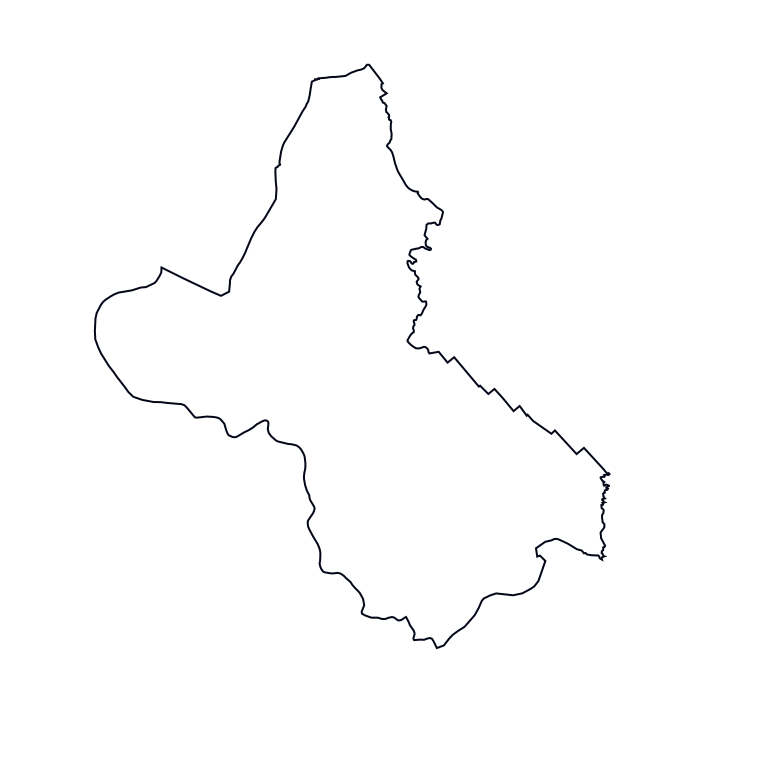 Ixhuatlán del Sureste, Veracruz, Mexico, rotated 319°
{"feature_id": "50627088B30593781264169", "entity_name": "Ixhuatlán del Sureste", "entity_type": "district", "adm_level": 2, "iso_a3": "MEX", "parent_name": "Mexico", "parent_adm1": "Veracruz", "projection": "natural_earth1", "projection_center": [-94.38, 17.981], "detail": "fine", "context": "isolated", "style": "outline", "palette": "ink", "viewbox_px": 768, "rotation_deg": 319, "n_neighbors": 0, "source": "geoboundaries", "source_scale": "gbopen_adm2", "svg_char_len": 6166}
<svg xmlns="http://www.w3.org/2000/svg" viewBox="0 0 768 768"><g transform="rotate(319 384 384)"><path d="M509.3,122.0L506.8,123.3L501.4,124.8L485.6,130.7L466.9,136.4L463.8,137.9L458.7,141.2L452.0,146.8L450.0,148.7L449.7,150.1L449.3,150.4L447.4,149.9L446.1,150.4L445.2,150.0L443.8,149.9L441.3,152.5L435.3,160.0L430.7,166.4L423.7,173.5L402.7,180.6L397.2,181.7L391.4,182.6L386.2,184.1L379.3,186.9L364.4,194.3L359.4,196.3L355.4,197.7L351.8,198.5L342.4,202.1L339.5,202.6L335.9,204.6L333.8,206.9L327.7,212.7L318.8,210.5L314.3,201.1L301.4,171.5L292.5,150.1L289.1,153.7L285.6,155.2L280.1,156.9L277.3,157.3L267.9,154.7L263.7,151.6L255.1,147.9L243.7,140.9L239.0,139.3L235.4,138.6L228.8,137.7L225.6,137.8L222.5,138.5L213.8,141.9L209.3,145.2L200.4,154.5L195.4,160.9L192.5,168.5L190.5,175.2L188.2,189.8L187.8,197.1L187.1,203.7L186.3,217.5L185.8,222.4L186.4,229.2L191.2,237.5L198.5,246.7L203.4,251.0L207.9,256.0L217.8,266.2L219.5,269.1L219.7,273.4L219.4,285.1L220.9,286.8L228.9,292.3L234.0,297.3L236.5,300.5L237.4,303.0L237.5,306.4L237.4,309.3L234.5,315.6L233.6,318.2L233.1,320.6L234.8,324.4L236.1,326.0L238.1,327.2L246.9,328.8L251.6,330.1L256.0,330.8L262.1,331.0L264.0,331.6L265.8,331.8L268.7,332.6L270.3,333.3L271.5,334.7L271.8,336.4L270.7,338.2L266.7,341.8L264.9,345.4L264.6,349.5L265.4,355.6L266.2,357.7L268.4,360.8L272.2,366.2L274.6,368.7L277.7,373.0L278.5,376.2L278.5,378.8L278.1,381.2L277.5,383.9L276.6,386.5L273.2,391.6L271.2,394.0L268.8,396.4L265.7,398.7L263.3,400.9L261.3,403.2L257.9,409.0L255.7,414.2L254.6,419.0L253.0,421.2L252.1,423.3L250.8,430.7L249.9,432.5L248.2,433.7L245.9,434.9L237.2,437.2L235.8,438.2L234.6,439.7L233.2,441.8L232.2,444.9L230.5,452.3L228.9,461.5L227.3,466.0L225.8,468.8L223.9,471.2L219.4,475.9L217.7,477.1L216.4,479.4L215.6,481.4L215.1,483.7L215.1,486.1L216.0,487.6L218.9,491.2L221.1,493.4L225.1,496.1L226.6,498.2L227.3,500.0L227.9,502.9L228.0,505.4L228.8,511.5L228.3,515.1L228.3,518.2L228.7,525.5L227.2,532.5L223.9,538.0L217.8,541.2L216.7,542.8L218.1,546.7L221.2,552.1L226.0,556.3L228.6,560.4L231.2,562.4L234.1,563.4L237.3,565.2L238.6,567.3L239.0,569.7L239.7,571.9L241.5,573.1L243.5,573.8L245.0,573.7L247.8,574.3L246.5,579.8L245.3,583.1L244.7,589.2L244.0,591.4L242.8,593.0L239.2,595.3L238.7,597.1L243.0,600.2L246.6,603.4L249.8,604.6L252.1,605.9L253.1,607.9L252.6,610.7L250.7,618.0L257.7,620.6L266.2,618.9L271.5,618.4L278.4,619.0L285.5,620.1L300.7,618.0L308.7,615.1L315.8,611.7L318.8,611.4L325.5,613.2L331.3,615.7L342.9,628.2L351.0,632.7L360.6,634.9L364.8,635.3L371.3,634.0L389.7,623.4L389.1,615.8L386.4,614.8L390.9,607.7L402.2,608.9L408.1,612.0L410.6,612.6L412.8,614.2L414.1,616.4L417.9,624.9L421.2,635.3L424.0,639.4L423.8,642.9L425.2,643.7L425.3,645.7L428.0,649.1L432.3,653.2L433.1,653.7L433.3,655.4L432.5,657.0L433.3,659.5L433.8,658.5L435.0,657.9L437.3,658.7L436.8,657.9L437.6,655.0L437.3,654.5L438.7,653.1L440.2,653.2L441.4,652.2L441.8,651.4L442.5,651.1L443.4,651.6L444.7,651.3L446.7,642.8L450.0,638.2L456.3,636.7L458.4,634.3L458.3,631.8L460.9,627.9L462.6,626.0L464.9,625.3L467.0,623.4L467.2,622.2L466.8,620.5L468.6,618.0L469.8,618.8L470.8,618.2L470.8,617.1L472.9,618.1L472.3,616.8L472.8,616.1L472.5,615.0L472.8,614.3L473.4,614.2L475.6,615.3L475.4,613.7L476.1,613.0L476.2,612.3L477.4,610.5L478.8,610.6L479.3,610.8L479.4,610.3L480.9,609.2L483.2,610.3L484.2,610.0L483.4,608.8L484.0,607.8L486.7,608.6L487.0,608.4L485.9,605.9L485.3,605.5L483.7,605.3L483.3,604.9L484.9,602.3L485.9,602.4L485.4,600.5L485.6,598.2L485.9,596.9L486.3,596.6L488.2,597.5L489.4,598.7L490.0,598.4L490.4,597.1L492.7,598.5L493.4,599.8L495.0,600.0L495.1,598.7L494.0,598.7L493.6,595.0L493.8,593.2L493.0,563.4L483.4,563.2L482.5,531.2L477.7,531.4L472.3,509.8L472.2,501.4L470.9,501.5L471.9,490.3L471.9,489.6L464.0,489.5L464.4,472.0L464.1,460.2L456.2,460.0L455.4,448.3L453.9,448.2L454.5,409.8L446.0,409.6L446.4,395.6L438.3,390.7L438.6,389.0L439.7,387.3L439.9,385.1L439.4,383.1L438.4,382.1L434.4,380.5L432.8,379.3L431.4,377.8L430.1,372.9L429.7,369.1L429.9,367.1L430.5,366.4L435.3,364.7L438.0,364.1L440.4,364.4L441.6,363.2L442.5,361.0L443.7,359.9L445.8,359.4L446.5,358.5L447.6,356.0L448.6,355.6L450.1,356.7L451.5,356.2L453.0,354.8L455.3,354.4L456.6,356.1L458.6,355.8L462.5,353.9L467.4,352.4L468.4,351.4L469.6,349.9L469.7,349.0L468.0,347.9L466.9,346.8L466.9,342.0L467.2,340.8L468.6,339.7L471.5,338.6L473.3,335.3L475.7,334.4L474.8,332.2L474.6,330.7L475.2,329.2L475.8,328.2L478.8,327.6L479.5,326.6L479.6,325.0L479.3,321.9L480.3,320.3L481.3,319.3L480.8,318.3L479.6,316.8L479.2,314.4L479.4,312.3L480.9,308.3L482.2,306.9L483.0,306.9L483.6,307.4L484.2,308.5L484.3,309.4L484.0,310.5L484.0,311.3L484.5,312.2L485.5,312.3L486.5,311.7L487.1,311.8L488.3,312.6L488.9,312.6L489.7,311.1L489.0,309.5L488.1,305.9L487.8,303.6L488.2,302.8L492.1,300.6L493.4,301.0L496.6,302.9L497.1,302.9L498.3,304.0L502.5,305.3L503.6,306.6L503.9,308.5L506.2,312.9L507.4,313.3L508.2,312.7L508.1,311.5L506.8,309.2L506.5,307.8L506.8,306.4L508.8,303.9L510.3,303.1L512.1,303.0L512.1,299.6L512.3,298.2L518.1,294.3L519.6,292.6L520.7,291.7L523.1,292.0L524.9,293.8L525.8,294.0L527.5,295.0L528.3,295.7L528.2,298.3L528.8,299.2L529.9,299.8L530.8,300.0L533.7,297.6L535.7,296.9L541.1,293.2L541.6,291.9L541.4,290.1L539.8,285.5L539.4,279.9L538.6,273.5L537.5,272.2L536.1,271.7L535.4,271.1L534.5,269.7L534.1,268.5L534.1,265.6L534.6,262.1L535.4,261.8L535.7,261.1L533.8,259.1L532.4,256.8L531.2,253.3L530.9,251.0L531.2,247.0L532.2,242.4L533.6,234.6L534.2,232.0L537.1,224.7L540.3,218.6L542.0,214.7L542.5,212.0L542.2,206.8L542.5,206.2L544.8,205.4L546.3,205.6L548.7,204.3L550.2,204.0L553.9,200.2L556.4,195.9L559.5,192.5L561.6,190.8L562.1,189.1L561.5,188.5L561.3,187.7L562.3,186.5L562.4,185.7L563.4,185.3L564.3,184.5L564.4,181.3L564.2,180.3L565.5,178.1L568.4,175.9L568.7,172.2L567.7,170.8L568.5,169.1L568.5,167.4L569.2,165.1L576.7,166.4L575.7,161.2L576.4,158.7L578.8,156.1L580.4,156.4L581.2,150.1L582.2,133.3L580.4,131.8L578.8,132.3L576.0,132.7L572.5,131.5L569.7,129.9L563.4,127.5L557.0,126.2L548.3,120.1L547.3,119.0L546.4,118.5L544.5,116.9L541.5,115.1L535.2,110.4L534.9,111.0L533.9,109.9L532.9,110.3L531.9,108.9L531.5,109.5L527.9,108.5L521.9,113.4L517.9,116.9L512.3,121.0L509.3,122.0Z" fill="none" stroke="#020617" stroke-width="2"/></g></svg>